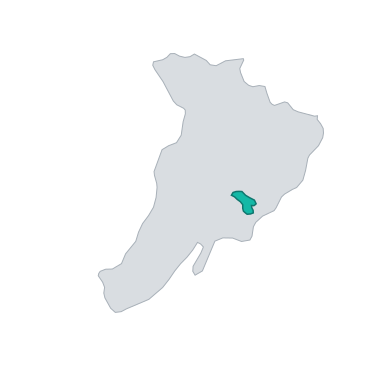 Hermanas highlighted on a map of Dominican Republic, rotated 117°
{"feature_id": "DOM-1968", "entity_name": "Hermanas", "entity_type": "Province", "adm_level": 1, "iso_a3": "DOM", "parent_name": "Dominican Republic", "parent_adm1": "", "projection": "mercator", "projection_center": [-70.354, 19.392], "detail": "fine", "context": "in_parent", "style": "filled", "palette": "teal", "viewbox_px": 384, "rotation_deg": 117, "n_neighbors": 0, "source": "natural_earth", "source_scale": "10m", "svg_char_len": 1834}
<svg xmlns="http://www.w3.org/2000/svg" viewBox="0 0 384 384"><g transform="rotate(117 192 192)"><path d="M68.0,252.5L68.3,239.0L70.4,233.6L68.5,227.8L59.9,221.7L54.6,213.8L49.9,206.8L51.0,205.8L60.3,205.5L63.6,202.9L69.9,195.7L71.2,190.0L70.6,185.6L66.6,180.4L64.9,174.9L70.0,170.1L76.6,163.1L77.5,160.4L77.4,157.8L69.7,150.4L69.1,147.2L72.7,139.2L72.4,133.9L68.8,117.2L67.1,114.8L70.5,113.4L72.8,108.4L75.8,104.0L79.8,101.6L84.3,100.2L93.3,100.3L105.7,104.1L109.3,104.1L121.2,100.6L131.1,98.6L140.5,100.8L144.2,103.8L151.9,108.6L155.8,110.0L168.0,109.9L171.3,110.4L181.5,118.2L190.1,121.4L195.1,121.5L204.1,118.5L208.5,118.6L213.6,125.4L214.6,134.9L218.9,143.7L225.4,149.3L257.6,146.9L264.7,151.5L262.3,155.3L257.7,157.3L242.4,156.4L235.8,156.9L234.4,160.7L234.4,164.2L243.3,165.0L252.1,166.8L261.0,169.6L270.1,171.5L280.3,172.8L290.4,174.8L307.2,181.7L325.8,197.3L330.8,200.8L334.1,205.7L332.5,211.7L325.9,221.5L322.1,224.7L316.6,226.6L312.9,230.7L309.2,237.5L307.0,238.1L304.4,237.8L300.0,233.9L296.8,228.0L287.8,222.3L277.2,223.1L261.5,219.7L252.0,221.4L242.5,221.7L232.7,220.0L223.0,219.4L213.2,221.5L203.8,225.2L200.3,227.4L194.2,233.0L191.0,235.1L167.9,237.9L161.3,233.8L155.1,228.2L146.3,227.4L133.4,231.8L125.4,233.4L122.1,235.2L121.2,237.4L121.2,245.2L119.4,250.0L106.8,267.9L99.8,280.6L96.9,284.5L93.5,285.4L87.4,278.1L83.4,275.5L78.6,274.1L76.5,270.3L76.6,264.8L75.3,259.4L72.3,255.2L68.0,252.5Z" fill="#d9dde1" stroke="#a8b0b8" stroke-width="1"/><path d="M182.8,127.9L185.0,129.9L186.8,132.8L186.4,134.9L185.7,137.5L183.5,139.4L180.3,141.0L178.7,144.5L178.1,148.3L177.0,151.9L177.0,155.4L173.8,155.2L171.6,153.0L170.1,150.4L168.9,147.7L170.6,142.8L170.9,138.2L170.9,132.7L173.4,129.5L174.8,130.0L176.1,130.7L177.0,132.9L178.9,131.6L180.5,129.3L182.8,127.9Z" fill="#14b8a6" stroke="#0f766e" stroke-width="1.5"/></g></svg>